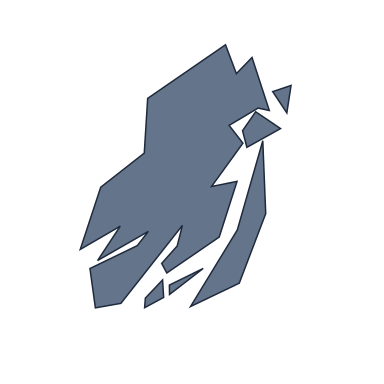 Barisal, Equal Earth projection, rotated 27°
{"feature_id": "BGD-2475", "entity_name": "Barisal", "entity_type": "Division", "adm_level": 1, "iso_a3": "BGD", "parent_name": "Bangladesh", "parent_adm1": "", "projection": "equal_earth", "projection_center": [90.394, 22.436], "detail": "coarse", "context": "isolated", "style": "filled", "palette": "slate", "viewbox_px": 384, "rotation_deg": 27, "n_neighbors": 0, "source": "natural_earth", "source_scale": "10m", "svg_char_len": 762}
<svg xmlns="http://www.w3.org/2000/svg" viewBox="0 0 384 384"><g transform="rotate(27 192 192)"><path d="M184.4,44.9L223.9,84.3L212.8,87.2L194.8,115.8L215.2,125.4L206.9,178.2L227.3,162.1L236.7,219.8L206.3,275.6L197.4,269.4L203.3,246.9L198.6,226.1L179.2,323.5L158.5,339.1L135.8,306.5L167.6,264.6L171.0,246.9L139.0,295.9L143.6,255.0L118.5,293.9L108.5,229.2L131.8,179.0L110.0,128.7L155.0,45.6L177.8,66.4L184.4,44.9ZM267.5,177.8L275.5,251.8L242.7,294.7L249.6,205.2L231.8,114.2L267.5,177.8ZM242.1,95.3L220.6,127.3L209.2,114.4L212.3,91.6L242.1,95.3ZM231.9,52.1L240.6,78.5L218.3,65.9L231.9,52.1ZM218.5,293.5L214.1,285.2L236.7,255.0L218.5,293.5ZM205.7,283.7L214.6,298.8L202.3,316.6L198.6,307.7L205.7,283.7Z" fill="#64748b" stroke="#1e293b" stroke-width="1.5"/></g></svg>